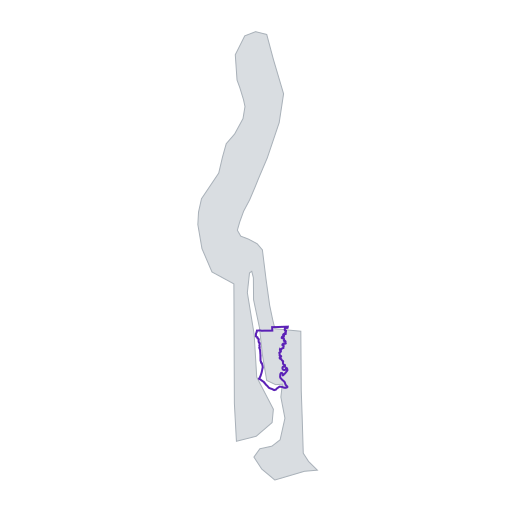 Kiang West, Lower River, Gambia shown in context, rotated 269°
{"feature_id": "56634734B57370738255875", "entity_name": "Kiang West", "entity_type": "district", "adm_level": 2, "iso_a3": "GMB", "parent_name": "Gambia", "parent_adm1": "Lower River", "projection": "orthographic", "projection_center": [-15.997, 13.345], "detail": "fine", "context": "in_parent", "style": "outline", "palette": "violet", "viewbox_px": 512, "rotation_deg": 269, "n_neighbors": 0, "source": "geoboundaries", "source_scale": "gbopen_adm2", "svg_char_len": 6236}
<svg xmlns="http://www.w3.org/2000/svg" viewBox="0 0 512 512"><g transform="rotate(269 256 256)"><path d="M71.1,233.2L109.0,231.8L154.9,232.4L204.9,233.1L228.5,233.4L240.8,211.7L264.3,202.1L288.4,198.4L300.9,199.3L314.2,202.5L339.6,220.2L355.4,224.2L368.8,228.2L378.4,236.8L393.6,245.4L405.6,247.6L412.7,246.2L424.5,242.8L432.3,240.1L457.6,238.8L476.3,248.6L480.3,259.5L477.3,270.6L452.3,276.8L417.7,286.4L388.9,281.5L353.9,269.0L333.5,259.9L325.0,256.3L312.2,250.6L301.0,244.4L290.3,240.3L282.1,237.8L276.1,241.1L273.0,248.8L268.2,257.4L262.0,262.5L232.7,265.6L206.4,268.8L192.3,271.5L182.9,273.6L180.0,299.5L150.2,299.2L120.9,298.9L90.6,299.4L58.0,299.8L49.6,305.0L40.8,313.6L39.9,300.6L31.7,270.9L42.9,258.0L55.0,250.4L63.2,256.5L65.6,268.6L71.8,276.9L93.3,282.1L114.5,278.4L127.4,280.1L127.0,273.4L131.4,264.5L157.2,260.7L184.4,258.2L212.4,252.8L234.3,253.0L240.8,251.5L239.2,249.2L219.5,246.7L177.6,252.8L134.9,254.6L102.5,270.7L89.2,269.2L75.8,253.1L71.1,233.2Z" fill="#d9dde1" stroke="#a8b0b8" stroke-width="1"/><path d="M127.4,283.1L128.8,282.7L129.5,282.4L129.7,282.2L130.2,281.8L131.5,280.3L131.9,280.0L132.0,279.8L132.1,279.7L133.3,278.7L133.6,278.5L133.7,278.3L134.3,278.1L135.0,278.0L135.6,278.1L136.1,278.1L136.4,278.2L137.1,278.2L137.8,278.4L138.1,278.6L138.6,279.0L138.6,279.9L138.3,280.2L138.1,280.3L137.7,280.5L137.1,280.6L136.4,280.6L136.2,280.8L136.5,281.3L137.4,282.1L138.0,282.9L140.8,285.2L141.1,285.4L141.4,285.4L141.7,285.4L142.2,285.3L142.7,285.2L142.9,285.1L143.1,285.0L143.4,284.8L143.7,284.5L143.7,284.3L143.6,284.2L143.0,284.0L142.5,283.9L142.1,283.6L141.8,283.4L141.7,283.1L141.5,282.5L141.5,282.1L141.7,281.4L141.8,281.2L142.1,280.9L142.6,280.6L142.9,280.5L143.2,280.5L143.7,280.5L143.8,280.5L144.6,280.8L144.8,281.1L144.9,281.5L144.9,281.8L144.8,282.3L145.0,282.8L145.2,283.0L145.5,283.1L145.8,283.0L146.2,283.0L146.4,283.0L146.5,282.7L146.7,282.2L147.4,281.4L147.9,281.2L148.4,281.1L149.3,281.1L149.7,281.2L150.0,281.3L150.4,281.2L150.5,281.1L150.9,280.5L151.2,280.1L151.7,279.8L152.2,279.6L152.5,279.4L152.5,279.2L152.7,278.6L152.9,278.3L153.0,278.2L153.4,277.9L153.5,277.9L154.0,277.9L154.2,278.0L154.3,278.1L154.4,278.4L154.4,278.8L154.9,279.3L155.2,279.4L155.6,279.2L155.7,278.9L155.7,278.5L155.9,278.1L156.1,277.9L156.5,277.8L157.3,278.0L157.5,278.0L158.1,277.8L158.3,277.7L158.9,277.6L159.2,277.9L159.5,278.6L160.0,279.2L160.3,279.2L160.5,279.2L160.7,278.7L161.0,278.5L161.4,278.4L161.8,278.3L162.1,278.3L162.4,278.6L162.5,278.6L162.4,278.8L162.4,279.0L162.2,279.3L162.2,279.6L162.5,279.9L163.0,280.3L163.2,280.6L163.3,280.8L163.4,281.1L163.5,281.6L163.6,281.8L164.3,281.8L164.5,281.8L165.0,281.9L165.2,282.1L165.5,282.1L166.0,282.0L166.4,281.8L166.4,281.6L166.3,281.4L166.3,281.1L166.4,280.9L166.5,280.8L166.8,280.8L167.3,281.0L167.8,281.6L168.0,281.9L168.0,282.0L168.1,282.5L167.9,282.6L167.7,282.8L167.8,283.2L167.9,283.9L168.0,284.1L168.7,283.8L168.9,283.9L169.5,284.1L170.0,284.0L170.4,283.8L170.6,283.5L170.6,283.4L170.5,282.7L170.8,282.4L171.0,282.5L171.4,282.7L171.9,282.7L172.9,282.4L173.2,282.1L173.4,281.9L173.4,281.7L173.2,281.0L173.3,280.8L173.5,280.5L173.6,280.3L173.9,280.3L174.5,280.5L174.8,280.7L175.2,281.4L175.2,281.5L175.0,281.9L174.8,282.0L174.7,282.2L174.8,282.3L175.6,282.6L175.9,282.6L176.1,282.4L176.1,282.2L176.2,281.9L176.3,281.9L176.5,281.8L177.0,281.8L177.5,282.4L177.6,282.5L177.6,282.8L177.4,282.9L177.2,283.2L177.2,283.3L177.6,284.4L177.8,284.4L178.0,284.2L178.3,283.8L178.5,283.7L178.9,284.0L179.0,284.2L179.3,284.5L179.5,284.5L180.0,284.6L180.4,284.7L180.7,284.7L180.8,284.5L180.9,284.3L180.8,284.1L180.7,284.0L180.9,283.7L181.3,283.5L181.9,283.4L182.1,283.4L182.4,283.5L182.5,283.6L183.4,283.6L184.0,283.8L184.3,284.2L184.3,284.3L184.1,284.5L183.6,284.9L183.5,285.2L183.6,286.3L183.8,286.4L184.0,286.3L184.4,286.4L184.5,286.4L184.8,286.5L184.6,276.0L184.6,275.9L184.6,273.5L184.6,270.9L181.1,271.0L181.2,260.0L181.4,259.5L181.5,258.8L181.5,258.2L181.4,256.5L181.4,255.8L181.4,255.7L181.0,255.7L180.7,255.4L179.9,255.3L179.6,255.3L179.4,255.1L178.6,254.7L178.3,254.6L177.8,254.5L177.5,254.6L177.0,254.6L176.6,254.5L176.3,254.5L176.1,254.4L175.7,254.4L175.5,254.7L175.4,254.8L175.2,255.1L175.1,255.4L175.0,255.5L174.7,255.8L174.6,256.0L174.4,256.0L174.2,256.1L173.6,256.1L173.5,256.3L173.4,256.6L173.3,256.9L173.2,257.0L172.9,257.2L172.3,257.3L172.2,257.2L171.7,257.1L171.2,257.1L170.8,257.1L170.6,257.1L170.4,257.2L170.1,257.3L169.8,257.3L169.6,257.3L169.4,257.4L169.4,257.7L169.2,257.9L169.1,258.0L168.7,258.1L168.4,258.1L168.2,258.2L167.9,258.2L167.7,258.1L167.4,258.1L166.5,257.8L166.4,257.8L166.1,257.8L165.8,258.0L164.5,258.1L164.3,257.9L164.2,257.7L163.7,257.8L163.1,258.1L162.2,258.3L161.9,258.4L161.2,258.5L160.9,258.5L160.7,258.5L160.2,258.5L159.4,258.6L158.5,258.6L157.5,258.7L156.9,258.7L156.7,258.8L156.4,258.8L156.4,258.7L154.5,258.7L153.2,258.7L152.1,258.7L151.6,258.7L151.2,258.7L150.5,259.0L150.4,259.1L150.2,259.2L149.4,259.2L149.4,259.3L149.1,259.7L148.9,259.8L148.6,260.0L148.2,260.2L147.8,260.2L146.7,260.5L145.8,260.7L145.5,260.7L144.3,260.8L144.1,260.8L143.9,260.6L143.0,260.4L141.6,260.1L140.2,259.8L139.1,259.5L137.3,258.9L136.5,258.6L136.3,258.6L136.0,258.5L135.5,258.1L135.0,258.0L134.0,257.4L133.7,257.2L133.3,256.8L133.2,256.8L133.0,257.0L132.9,257.4L132.6,257.8L132.6,258.0L132.2,258.6L131.7,259.1L131.4,259.4L131.4,259.5L131.1,260.0L130.6,260.7L130.5,260.8L129.9,261.5L129.7,261.7L129.5,261.8L129.5,262.0L129.2,262.1L129.0,262.4L128.8,262.4L128.4,262.7L128.0,263.1L127.6,263.3L127.5,263.5L127.2,263.7L127.0,263.8L126.5,264.4L126.1,264.8L125.7,265.2L125.1,265.7L124.6,266.1L124.0,266.6L123.9,266.8L123.6,267.5L123.3,268.0L123.1,268.7L122.9,269.3L122.8,269.5L122.7,269.8L122.6,270.0L122.4,270.3L122.3,270.6L122.1,270.8L122.1,271.0L122.0,271.3L121.7,271.5L121.6,272.0L121.7,272.3L121.7,272.5L121.8,272.7L121.9,272.8L122.0,273.5L122.8,274.2L123.1,274.5L123.5,275.0L123.8,275.5L124.2,276.1L124.5,276.6L124.8,276.9L124.9,277.1L125.0,277.5L124.9,278.1L124.8,278.6L124.7,279.2L124.7,279.4L124.5,280.1L124.4,280.3L123.8,281.9L123.8,282.2L123.7,283.1L123.8,283.2L123.8,283.7L123.9,284.2L124.1,284.7L124.5,285.1L125.0,285.0L125.2,284.8L125.6,284.3L126.4,283.6L126.9,283.3L127.4,283.1Z" fill="none" stroke="#5b21b6" stroke-width="2"/></g></svg>